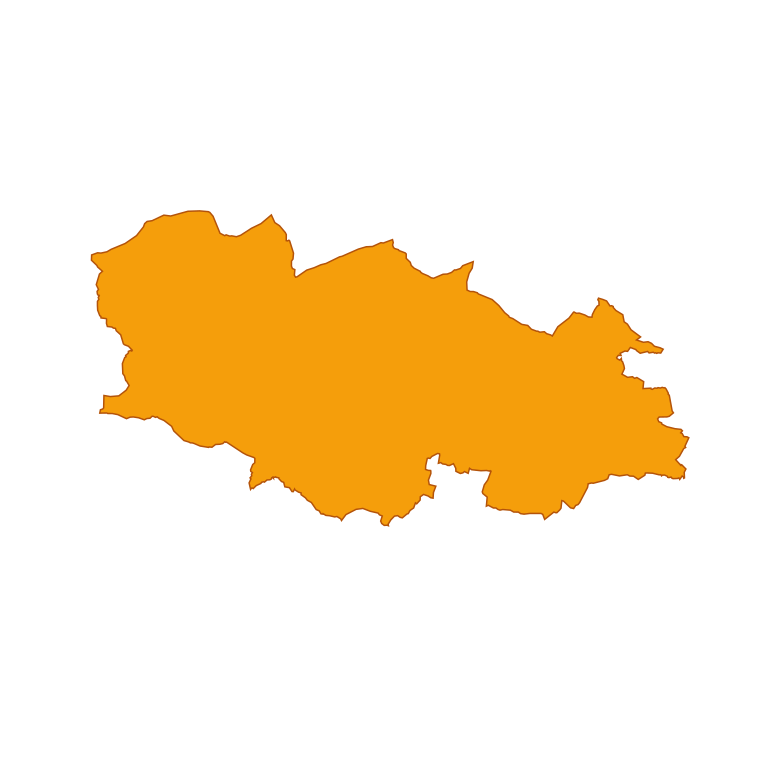 outline of Ski nor, Akershus, Norway, rotated 283°
{"feature_id": "86288312B53332495919573", "entity_name": "Ski nor", "entity_type": "district", "adm_level": 2, "iso_a3": "NOR", "parent_name": "Norway", "parent_adm1": "Akershus", "projection": "albers", "projection_center": [10.885, 59.725], "detail": "fine", "context": "isolated", "style": "filled", "palette": "amber", "viewbox_px": 768, "rotation_deg": 283, "n_neighbors": 0, "source": "geoboundaries", "source_scale": "gbopen_adm2", "svg_char_len": 6142}
<svg xmlns="http://www.w3.org/2000/svg" viewBox="0 0 768 768"><g transform="rotate(283 384 384)"><path d="M444.0,70.1L438.8,71.1L434.9,77.6L433.6,78.6L430.5,84.3L427.1,82.0L416.0,81.3L412.0,84.5L409.7,83.6L407.2,84.5L405.9,85.9L406.3,86.4L406.0,86.7L404.0,86.1L402.4,87.1L400.1,86.2L396.1,87.1L391.5,88.4L386.6,91.7L386.2,92.9L384.7,93.4L385.2,98.5L384.8,99.1L380.7,99.9L377.8,101.5L378.3,106.0L377.6,107.7L377.8,109.8L375.7,111.1L372.7,116.4L364.6,121.0L363.9,122.2L363.3,126.5L360.3,131.1L359.4,130.8L359.7,129.6L358.3,127.6L356.5,127.9L353.7,125.8L352.5,126.5L351.5,125.4L345.0,124.5L335.3,127.2L333.5,129.3L329.2,131.6L329.0,132.4L325.2,136.0L320.0,134.2L312.8,128.3L310.2,120.2L309.8,113.7L297.7,116.2L296.4,115.6L295.1,113.5L291.7,113.6L293.4,120.5L293.1,121.3L294.1,125.9L294.3,131.5L292.3,140.9L294.6,144.1L295.5,147.2L295.9,152.5L295.2,158.5L297.0,160.7L298.0,163.7L300.4,165.3L300.6,166.5L300.1,168.9L301.0,170.3L299.9,172.7L299.0,177.8L295.0,186.6L290.9,189.8L283.9,201.8L283.6,206.6L283.1,208.6L283.5,210.5L283.3,212.6L282.2,218.7L282.8,227.4L283.3,227.7L283.7,230.6L287.2,233.5L288.4,237.7L289.7,240.3L291.9,241.8L291.6,242.8L292.0,243.6L285.2,261.8L284.0,266.2L283.1,273.8L282.5,274.9L278.2,275.8L276.0,274.2L270.3,273.3L268.9,273.9L268.1,275.7L266.1,275.1L264.8,275.8L262.4,274.6L261.6,275.7L257.3,274.8L251.3,277.7L252.7,278.3L253.0,279.4L252.7,280.1L256.3,282.4L259.4,286.4L260.7,286.8L261.7,288.8L261.5,289.6L264.2,291.6L265.0,294.4L266.1,295.6L267.5,295.8L267.8,296.6L267.3,297.4L268.4,296.9L268.6,298.7L269.2,299.3L268.8,300.0L268.9,302.6L268.0,303.0L265.9,306.1L265.6,308.4L261.5,310.5L261.7,315.2L258.5,318.5L258.7,319.8L261.5,320.5L260.8,321.0L259.4,325.1L259.2,327.7L257.5,328.1L255.4,333.1L253.5,335.4L252.2,339.9L246.4,346.2L245.8,349.4L243.3,351.8L243.5,353.9L243.9,353.9L242.9,356.9L243.4,360.6L243.4,365.9L244.3,367.9L242.9,372.1L241.4,373.3L248.2,376.3L255.6,385.0L258.0,391.4L256.9,399.3L256.9,407.3L255.5,409.0L255.0,412.0L249.7,411.6L247.6,413.1L246.3,416.0L247.1,418.9L246.9,420.2L248.4,419.6L253.1,421.2L257.6,423.9L258.8,426.9L257.7,429.8L257.7,432.0L262.4,435.5L263.2,436.8L266.6,437.8L269.9,440.8L275.2,441.4L274.6,442.8L279.0,445.3L282.3,444.7L285.3,447.4L284.8,452.2L283.7,455.1L283.8,457.5L289.4,456.6L296.1,457.5L296.2,450.7L300.4,448.9L307.3,449.8L309.7,449.2L310.2,448.9L309.8,446.6L310.1,443.7L313.8,443.0L321.2,442.9L321.8,443.9L321.8,445.6L324.2,446.9L328.3,451.7L328.5,453.8L327.3,454.3L319.0,454.8L320.2,457.0L319.3,459.1L319.6,462.5L319.0,464.2L319.3,466.1L322.0,469.6L318.0,472.9L315.1,473.7L314.0,478.5L315.2,480.9L316.8,482.1L315.9,486.1L321.1,486.3L320.2,488.7L321.3,497.9L322.8,503.4L322.9,506.5L323.4,506.9L323.1,507.9L313.8,506.7L308.3,504.4L301.0,504.0L299.5,505.0L297.0,510.0L288.0,511.2L289.3,512.9L287.8,518.5L288.4,520.9L287.4,523.3L287.2,525.4L288.4,527.9L289.5,535.5L288.4,539.2L289.4,543.7L288.4,546.3L288.7,549.7L290.7,555.3L293.2,566.1L292.7,568.0L288.2,571.0L297.4,578.3L297.2,580.3L297.5,581.4L300.7,583.5L302.8,584.4L310.4,583.5L310.3,585.2L305.3,593.6L305.3,596.8L308.8,598.1L310.2,600.2L312.5,601.3L329.0,605.6L332.7,605.4L334.2,608.4L334.4,610.3L339.7,620.5L342.0,623.3L346.2,623.8L347.2,626.0L347.4,634.1L350.3,641.5L349.6,644.2L350.3,647.9L348.2,653.2L353.8,658.7L356.0,658.7L356.5,660.4L357.5,665.7L357.4,672.6L357.9,674.0L356.9,675.1L357.8,675.7L358.4,677.9L357.8,680.8L356.9,681.5L356.9,682.7L357.9,684.6L356.9,685.9L356.8,687.0L357.9,691.0L358.8,692.5L357.5,693.6L361.4,695.2L360.6,697.0L359.6,697.3L360.1,697.9L365.5,696.4L369.1,697.3L372.2,692.4L372.3,691.6L371.5,691.5L375.9,685.2L380.0,688.1L388.6,690.6L390.0,692.2L391.0,691.2L400.2,693.1L400.7,691.1L400.2,688.0L402.8,685.7L403.2,684.1L405.5,685.3L406.6,683.6L405.9,677.6L406.0,669.2L407.4,663.8L408.6,663.2L409.1,660.2L411.6,658.4L413.7,659.5L415.6,667.1L416.7,669.2L421.0,672.5L422.6,670.8L437.2,664.5L438.1,663.1L439.0,663.1L442.7,659.9L443.6,658.5L443.2,657.9L443.3,655.8L442.2,654.1L442.1,651.8L441.3,651.0L441.0,648.7L439.1,646.5L439.3,645.3L440.0,645.0L437.8,637.4L444.7,636.5L447.2,628.9L445.9,626.9L447.0,624.5L445.3,619.9L447.1,613.6L453.1,614.8L455.9,613.6L459.3,611.5L460.0,610.3L462.3,609.5L460.3,608.3L461.1,605.4L462.0,604.7L464.7,605.9L465.1,608.6L467.0,607.2L470.3,611.3L470.6,614.0L475.0,615.8L474.2,621.7L473.4,622.5L471.6,626.7L475.0,633.5L473.9,635.3L475.5,639.2L475.0,640.7L475.5,641.6L475.2,642.9L476.0,643.8L476.4,646.7L480.7,648.2L481.4,644.9L481.6,639.0L483.8,635.5L484.6,631.8L483.0,627.4L483.7,620.1L487.6,623.4L492.4,612.5L497.1,607.7L498.6,604.0L505.2,601.1L507.8,593.4L510.1,590.2L511.1,589.9L511.5,588.2L510.9,586.6L515.0,582.2L515.6,578.3L515.9,573.7L514.2,573.4L512.9,574.8L509.2,575.8L507.9,574.3L504.0,572.7L498.5,571.4L495.9,571.6L495.3,568.1L496.4,564.3L497.0,558.5L496.2,555.4L496.9,552.9L496.6,552.5L489.8,549.4L478.9,540.5L468.6,537.2L469.3,535.4L469.6,531.2L471.0,528.5L469.5,524.1L470.1,522.0L469.8,521.0L470.5,515.3L473.4,510.9L473.1,504.8L476.7,494.8L477.2,491.1L478.4,490.1L480.6,485.6L486.3,478.2L490.6,470.4L493.0,455.6L493.9,454.4L494.2,450.4L493.5,447.2L494.2,443.8L502.1,441.6L511.0,442.0L516.7,443.9L523.3,443.4L517.0,434.1L513.8,432.5L511.3,428.5L511.0,427.0L507.9,424.7L505.4,420.9L504.2,416.8L498.2,408.6L498.1,406.1L499.3,402.5L500.3,396.7L501.1,394.6L501.9,394.1L503.6,387.3L505.6,383.9L508.5,382.2L511.4,377.4L515.7,376.4L516.5,375.2L517.4,368.6L518.1,367.9L518.4,363.9L519.1,362.6L521.3,361.1L523.9,361.2L526.6,359.8L521.2,351.6L521.0,349.2L515.4,341.9L513.7,335.8L509.7,328.7L499.0,314.4L497.9,312.1L488.4,300.4L486.0,295.7L481.6,289.8L477.6,283.1L468.9,275.2L468.2,273.8L469.8,272.2L475.4,271.4L475.9,268.8L478.0,267.3L483.0,266.2L485.3,267.2L491.1,266.4L502.2,259.9L502.7,259.0L501.7,257.7L501.7,256.5L507.6,255.2L509.3,253.8L514.7,246.6L516.7,241.3L523.4,236.2L512.6,228.1L505.9,219.8L496.7,210.9L494.3,207.1L494.1,202.3L493.4,200.4L493.8,196.6L492.7,195.5L494.0,190.3L509.0,179.7L512.0,175.7L512.4,174.1L511.2,165.4L508.2,154.1L499.7,138.4L499.0,131.5L490.9,121.2L489.1,116.6L486.4,114.7L483.0,114.3L472.9,109.5L462.7,100.2L453.9,87.9L450.5,84.3L447.9,78.8L447.4,75.4L444.0,70.1Z" fill="#f59e0b" stroke="#b45309" stroke-width="1.5"/></g></svg>